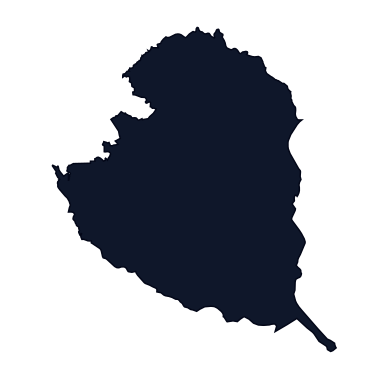 outline of Ngoc Lac, Thanh Hóa, Vietnam, rotated 178°
{"feature_id": "81297802B82512093072214", "entity_name": "Ngoc Lac", "entity_type": "district", "adm_level": 2, "iso_a3": "VNM", "parent_name": "Vietnam", "parent_adm1": "Thanh Hóa", "projection": "albers", "projection_center": [105.393, 20.068], "detail": "fine", "context": "isolated", "style": "filled", "palette": "ink", "viewbox_px": 384, "rotation_deg": 178, "n_neighbors": 0, "source": "geoboundaries", "source_scale": "gbopen_adm2", "svg_char_len": 5992}
<svg xmlns="http://www.w3.org/2000/svg" viewBox="0 0 384 384"><g transform="rotate(178 192 192)"><path d="M54.8,35.9L58.9,38.8L62.0,40.3L71.0,50.9L86.6,70.1L89.3,73.6L91.5,77.3L92.4,79.5L94.0,86.5L92.6,90.3L92.1,98.1L91.7,100.0L91.1,101.3L89.3,102.3L87.4,103.0L86.5,103.8L85.7,105.5L85.5,106.8L86.0,107.8L86.1,110.0L87.1,111.4L88.8,112.9L90.4,115.0L88.9,118.3L88.6,120.7L87.7,122.8L86.0,125.7L80.8,137.0L80.7,138.3L81.5,141.3L84.1,146.7L86.3,150.3L93.3,160.5L93.4,161.6L93.2,162.8L89.6,169.9L89.2,171.6L91.9,175.8L92.1,176.8L91.3,178.1L90.3,179.1L90.0,179.7L90.1,182.8L89.2,185.1L88.3,185.1L87.6,184.8L87.1,184.0L86.5,184.8L85.2,187.5L84.7,189.7L84.6,192.8L84.9,195.3L84.2,198.1L82.7,200.6L83.4,203.8L82.9,208.4L83.1,209.5L84.7,211.7L92.7,227.0L94.3,231.8L94.5,233.9L94.4,237.8L94.1,239.7L91.3,246.0L84.5,255.8L82.0,258.5L79.7,260.2L82.8,260.3L83.7,260.5L84.4,261.2L85.8,264.0L86.1,266.4L85.6,269.9L85.6,272.4L86.0,273.5L87.4,275.0L89.2,279.1L89.1,280.4L90.0,281.9L89.6,284.5L90.2,287.8L89.8,288.7L91.4,290.1L92.7,291.9L93.1,294.4L96.1,297.1L96.4,297.3L97.8,297.3L101.8,300.2L102.7,300.4L104.1,301.2L104.9,301.3L106.1,302.5L108.0,304.0L109.1,304.6L113.0,307.6L113.5,308.3L114.5,310.7L113.9,313.6L115.3,314.5L115.6,316.0L116.6,318.6L116.7,319.7L118.4,323.7L120.9,325.1L124.7,324.8L127.1,325.2L131.1,326.6L132.6,327.5L131.8,328.5L131.6,329.4L131.8,330.1L132.4,330.4L133.2,330.6L136.6,330.1L138.0,328.9L138.7,328.7L139.4,328.8L139.9,329.3L141.6,332.1L142.9,333.4L144.0,333.9L145.1,333.9L147.4,332.8L148.2,332.8L151.9,334.6L152.8,335.9L153.2,336.9L153.7,339.8L154.6,342.3L156.5,345.8L155.7,347.4L155.7,348.5L158.6,350.4L159.0,351.0L159.5,353.3L159.9,353.7L161.3,353.5L161.9,352.9L162.6,351.2L164.4,349.0L164.4,347.8L163.9,345.8L164.5,345.2L167.1,346.7L168.2,347.9L168.4,348.5L169.3,349.8L170.5,350.1L172.9,349.5L174.2,349.7L176.4,351.7L177.3,351.8L178.6,352.4L179.5,354.0L180.0,355.8L180.6,356.2L181.2,356.2L182.0,355.1L182.4,352.7L182.9,351.8L183.5,351.7L185.3,352.3L185.8,352.1L189.1,350.0L191.9,347.2L193.0,346.5L193.6,346.6L197.4,349.5L199.2,350.2L200.7,350.4L203.0,350.1L208.9,347.4L210.5,347.2L211.6,347.3L212.6,347.9L215.2,345.8L217.3,343.4L218.1,341.6L221.3,340.8L221.6,340.4L220.7,337.4L226.2,337.5L227.0,338.5L227.5,338.4L228.4,335.5L229.2,335.0L229.6,334.1L229.9,334.1L231.0,334.9L230.6,333.7L231.0,333.1L232.9,333.0L233.3,332.8L234.1,331.4L235.3,330.9L236.1,330.1L237.1,330.2L236.7,329.3L237.3,329.4L237.8,328.4L238.3,328.0L239.0,325.3L239.4,325.1L240.2,325.2L240.7,324.4L242.2,323.7L242.6,323.2L242.8,322.1L244.2,321.9L245.1,320.8L245.9,320.8L246.2,320.1L246.3,318.8L246.7,318.3L248.5,317.8L249.9,318.0L250.2,316.8L251.0,316.2L251.0,315.7L250.5,315.0L252.6,314.9L254.7,312.6L256.7,312.2L257.1,310.9L257.2,309.1L255.1,310.4L254.7,310.4L253.7,309.3L252.2,309.8L251.1,309.8L250.4,308.9L250.2,307.1L250.7,304.5L250.2,304.1L249.2,303.7L248.6,302.9L248.3,299.6L245.9,298.1L245.9,294.8L246.4,294.0L247.4,294.1L247.7,293.9L247.5,291.3L245.3,291.0L239.4,288.5L236.1,288.2L235.3,287.8L234.7,287.0L234.2,285.6L234.2,285.2L235.4,283.6L234.9,282.6L234.1,282.4L232.1,283.4L230.9,283.4L230.3,282.6L230.7,278.7L229.3,278.0L228.8,277.1L227.0,277.1L224.9,276.1L225.0,275.8L227.9,271.9L231.7,268.8L233.2,266.8L239.1,266.0L239.4,267.0L242.7,265.5L243.3,265.8L245.2,267.9L246.6,268.2L249.1,268.1L250.0,268.8L250.3,269.7L251.1,270.2L252.7,270.7L255.2,272.2L255.8,273.2L256.2,273.2L256.7,272.5L260.0,274.7L264.1,270.2L264.4,270.8L265.4,270.7L266.5,269.2L266.9,269.0L267.9,269.1L270.5,267.4L263.2,255.4L262.6,251.3L261.8,248.1L266.9,245.6L265.3,243.8L264.4,242.3L265.8,241.8L268.7,241.6L270.0,241.0L271.9,241.1L273.2,244.4L274.6,243.9L275.9,244.6L278.4,245.4L278.7,244.3L279.7,242.7L279.4,241.9L278.3,241.3L278.1,240.9L278.3,235.3L277.5,235.1L275.2,235.3L273.9,235.1L272.5,234.3L272.2,233.5L272.1,232.6L272.7,231.6L272.5,231.2L274.4,228.8L275.4,226.8L276.4,228.1L277.2,228.8L277.6,228.4L277.6,226.6L279.4,226.0L280.4,227.2L282.4,229.0L284.3,230.0L285.6,229.9L287.5,228.6L287.9,228.6L288.0,226.2L292.4,226.3L292.5,224.3L309.6,224.5L313.0,222.8L313.9,223.0L315.6,220.9L315.7,219.0L316.3,217.4L314.8,216.6L313.2,215.3L312.9,214.7L313.9,213.0L313.8,211.5L314.6,210.9L314.2,210.1L314.4,209.9L314.3,208.8L314.8,208.1L315.1,208.1L314.9,214.0L315.1,215.2L315.3,215.3L319.7,212.3L322.9,216.5L324.1,218.5L324.9,222.3L325.1,222.5L326.0,221.6L326.5,221.6L330.2,223.6L330.6,223.0L326.8,216.9L327.6,215.6L326.1,212.3L325.6,211.3L323.8,209.4L324.8,208.8L324.6,208.5L324.8,208.0L325.8,206.9L326.1,205.6L325.8,204.1L325.9,202.1L325.5,201.1L324.0,198.9L319.0,192.6L316.8,190.3L315.1,187.1L314.0,183.2L315.1,180.5L316.2,176.3L313.7,176.3L312.5,176.1L311.6,175.9L310.5,174.8L310.1,173.6L311.4,171.3L311.8,169.6L311.7,168.8L309.9,166.7L309.7,165.3L308.9,163.9L308.5,162.5L306.3,160.8L306.4,159.2L305.8,157.5L306.6,156.3L306.5,155.3L305.6,153.1L304.3,154.4L303.8,154.1L304.7,152.1L304.5,150.7L303.7,148.5L301.8,148.5L297.6,146.8L294.3,146.6L294.4,144.7L286.1,138.8L285.2,137.7L284.7,136.3L283.6,130.5L283.0,129.3L280.5,128.5L279.5,127.8L271.9,120.3L269.9,119.1L268.7,118.9L267.6,118.9L265.4,119.6L263.0,119.6L261.8,119.3L260.2,118.0L259.5,116.4L258.6,114.8L257.9,114.5L254.9,113.9L251.1,114.6L250.6,113.0L249.2,110.7L242.9,103.1L241.9,102.3L237.5,100.4L234.6,98.7L231.5,97.2L230.7,96.4L230.4,95.5L230.6,93.4L226.4,92.4L224.2,90.4L223.4,89.8L221.9,89.2L218.6,88.5L215.6,87.4L212.2,85.5L209.7,85.2L208.4,84.0L207.7,82.8L205.6,81.0L204.3,78.5L203.5,77.5L200.2,76.5L197.6,74.7L195.1,74.1L191.5,72.6L188.3,74.6L183.3,76.9L177.1,77.2L174.6,76.9L173.1,76.5L170.5,75.0L166.7,71.5L165.2,69.3L164.9,67.0L165.1,66.3L164.2,65.7L161.9,61.7L161.4,61.1L155.5,61.8L151.2,60.9L148.2,63.3L144.8,65.4L144.1,65.6L139.5,63.0L135.1,58.8L130.3,56.8L125.2,56.3L122.3,56.4L119.4,56.5L117.1,57.1L114.0,57.3L112.4,55.7L112.1,54.9L113.8,49.6L101.4,56.3L91.6,62.0L81.7,52.2L76.5,47.8L75.1,46.2L70.2,38.3L63.4,33.5L62.6,32.4L62.1,29.8L59.0,27.8L56.8,28.6L53.4,31.2L54.0,32.3L54.6,34.2L54.8,35.9Z" fill="#0f172a" stroke="#020617" stroke-width="1.5"/></g></svg>